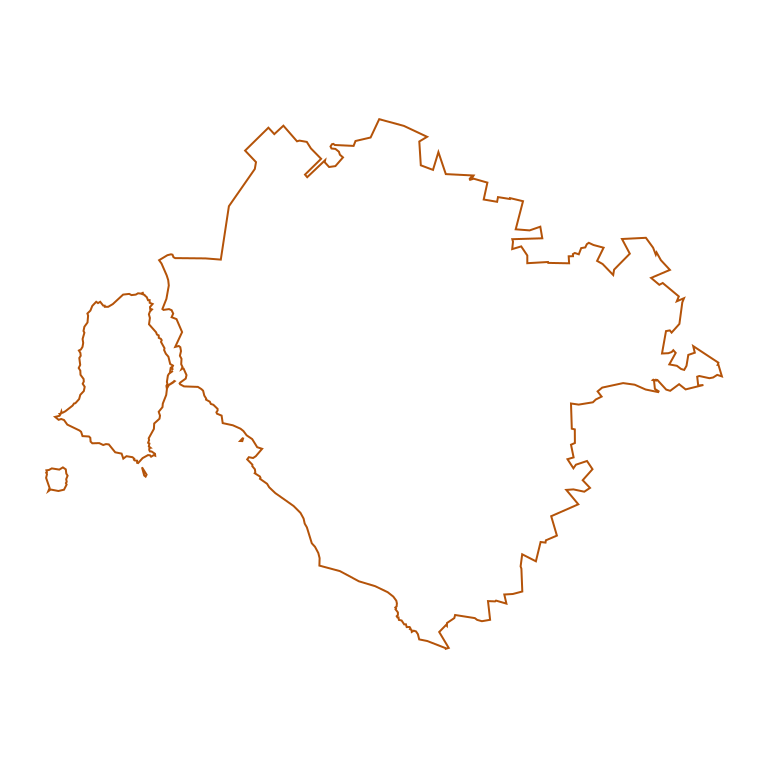 outline of Hermosillo, Sonora, Mexico
{"feature_id": "50627088B25746055261470", "entity_name": "Hermosillo", "entity_type": "district", "adm_level": 2, "iso_a3": "MEX", "parent_name": "Mexico", "parent_adm1": "Sonora", "projection": "robinson", "projection_center": [-112.148, 28.969], "detail": "fine", "context": "isolated", "style": "outline", "palette": "amber", "viewbox_px": 768, "rotation_deg": 0, "n_neighbors": 0, "source": "geoboundaries", "source_scale": "gbopen_adm2", "svg_char_len": 6044}
<svg xmlns="http://www.w3.org/2000/svg" viewBox="0 0 768 768"><path d="M159.1,260.2L161.5,263.5L166.7,275.4L168.2,280.1L168.8,285.5L166.4,298.9L162.4,309.0L163.5,309.9L169.0,309.1L171.6,310.2L173.2,313.6L171.6,317.2L176.5,319.1L182.1,332.1L175.2,346.9L178.8,346.0L180.3,347.2L181.0,351.1L179.9,355.8L181.5,358.8L181.2,364.2L182.5,367.0L181.5,369.2L182.8,368.4L181.9,368.8L182.3,368.0L183.6,368.6L186.5,375.1L185.7,378.6L180.2,382.6L179.6,383.4L180.1,384.3L184.0,386.4L197.9,386.9L201.4,389.1L203.1,390.7L204.3,395.6L206.2,398.6L206.0,399.6L209.8,401.7L210.8,403.9L213.4,404.8L217.6,408.9L217.6,410.5L216.4,412.3L217.0,413.7L221.6,415.6L222.7,423.1L232.9,425.3L240.5,428.7L243.4,431.0L246.6,435.3L252.2,439.1L257.2,447.2L262.1,448.8L255.8,456.2L253.1,458.0L248.8,457.2L247.2,459.4L252.4,464.7L252.3,466.2L254.9,469.3L255.3,472.3L254.7,473.2L259.9,476.5L260.5,477.9L260.0,478.8L267.1,483.8L269.2,487.3L275.3,493.1L293.6,506.0L300.5,512.9L303.6,518.6L304.7,523.6L306.9,527.4L311.8,543.3L315.0,546.8L318.3,553.0L319.6,558.1L319.4,565.6L339.9,571.1L358.9,581.3L375.2,586.2L387.7,592.2L393.3,596.6L396.3,600.7L396.9,603.4L396.6,606.5L395.3,607.5L396.0,608.5L395.5,609.3L397.9,612.4L397.9,615.0L396.7,616.2L397.5,617.5L398.5,617.4L398.9,619.9L401.6,620.5L404.2,624.4L405.9,624.3L406.7,627.1L409.6,627.0L410.5,628.4L410.0,629.1L411.6,630.1L411.8,631.9L413.8,630.7L416.0,631.4L417.9,634.2L419.2,639.4L427.2,641.0L445.5,648.1L445.7,648.8L448.7,647.9L439.2,632.0L446.0,625.0L446.9,625.9L447.0,623.0L454.3,618.1L455.1,615.0L474.8,618.1L477.2,619.9L481.9,621.2L490.1,619.8L488.0,601.1L495.1,601.4L496.0,600.6L506.4,603.6L504.3,594.5L512.8,594.0L522.3,591.5L521.4,568.7L520.6,566.4L522.2,554.3L535.9,561.3L540.6,542.0L545.5,542.6L545.9,540.3L556.9,535.6L551.2,516.2L578.3,504.3L566.3,489.9L573.4,489.4L584.3,491.7L590.0,487.9L582.7,480.2L592.5,469.2L587.0,461.0L575.9,464.7L573.4,468.3L567.5,459.2L573.6,457.4L571.0,444.7L574.9,443.0L574.8,429.4L571.8,428.7L571.0,403.5L578.7,404.6L592.9,402.3L595.8,399.5L601.6,396.6L597.6,391.4L602.2,387.6L623.1,383.1L634.7,384.7L645.6,389.5L658.2,392.1L658.6,391.3L654.9,388.9L654.0,380.5L652.8,380.1L653.3,379.7L655.9,380.5L656.0,379.8L657.4,380.0L666.2,389.6L670.2,390.8L679.1,384.2L685.6,389.4L703.4,385.0L698.2,385.5L697.2,376.7L699.3,376.0L709.4,378.2L713.1,377.5L717.2,374.9L721.9,376.4L718.4,364.7L717.7,364.8L718.4,362.7L693.2,346.1L694.8,352.7L688.3,354.9L686.5,365.8L684.2,369.9L681.1,369.0L676.9,365.8L669.3,364.4L675.7,352.9L673.3,350.2L671.7,352.0L668.4,353.2L662.0,353.5L666.0,331.1L669.8,330.4L671.6,332.6L679.4,323.9L682.3,302.4L684.0,298.2L676.8,301.3L678.8,296.4L662.7,283.0L659.3,284.8L651.1,277.9L669.9,269.9L660.9,260.2L656.6,252.5L655.8,254.7L653.1,247.7L645.9,237.8L622.0,239.0L629.8,253.7L614.1,269.6L613.2,275.0L602.6,264.0L597.1,260.9L603.6,247.7L593.5,245.0L588.8,242.8L586.8,244.2L585.3,247.4L581.2,248.1L578.8,254.3L574.8,253.0L572.9,254.1L573.0,256.2L568.7,256.3L569.1,263.3L548.2,262.9L548.0,262.0L527.3,263.2L527.3,255.5L521.2,246.4L512.2,249.1L513.0,241.7L512.3,239.2L542.3,238.3L540.3,226.7L529.6,230.4L515.7,229.3L523.0,201.2L510.0,198.1L509.9,199.0L498.0,197.1L497.1,201.8L483.7,199.5L487.4,182.6L473.7,178.7L470.1,179.8L469.7,178.9L470.9,177.4L472.6,177.0L473.6,175.5L445.8,174.1L438.4,152.1L433.0,169.9L420.8,165.3L419.3,141.5L427.1,136.8L403.9,125.9L379.2,119.2L370.6,137.5L355.5,141.0L353.6,145.9L334.8,145.0L333.4,143.9L332.0,144.2L330.5,146.5L331.5,148.5L335.4,148.9L338.9,151.7L339.9,154.7L343.0,157.4L335.4,166.1L329.1,167.0L324.7,162.2L325.1,160.2L307.2,177.2L305.0,174.6L321.1,158.8L310.9,148.4L306.8,141.9L299.5,140.6L297.0,141.3L283.4,125.7L274.3,134.1L268.4,127.7L245.1,150.6L256.0,162.1L254.8,169.0L228.9,206.2L220.8,259.6L205.4,258.4L175.1,258.1L173.5,257.2L172.5,254.7L171.0,254.3L167.4,255.2L159.1,260.2ZM143.7,292.4L141.1,293.6L138.0,293.3L135.8,294.6L131.5,295.1L129.2,293.9L123.1,294.6L112.8,304.1L108.2,306.8L104.8,306.8L104.7,305.7L103.2,305.6L100.2,301.8L98.0,303.1L96.2,301.8L92.3,305.9L90.4,310.6L87.4,313.5L88.1,315.6L87.5,322.5L84.4,326.7L83.5,331.0L84.4,332.7L82.6,339.0L83.2,342.9L82.5,346.9L80.9,349.5L78.9,350.5L80.4,353.0L80.7,355.8L79.3,358.0L80.2,364.9L78.7,368.0L80.3,370.6L80.5,374.8L83.6,379.0L83.8,381.5L82.7,383.8L84.7,386.8L83.8,391.1L80.3,394.8L79.1,399.1L75.4,403.2L74.0,403.5L72.6,405.6L65.3,411.3L62.5,412.8L61.7,412.7L61.4,411.6L60.8,413.6L59.6,413.9L60.2,414.7L59.5,415.8L55.1,416.9L58.6,419.8L61.2,419.0L64.0,420.0L67.3,424.6L79.5,430.5L81.1,431.8L82.5,436.1L89.0,436.5L90.3,437.8L90.6,441.6L92.3,443.3L99.2,443.1L103.2,445.0L106.0,444.1L108.8,444.4L115.2,452.3L121.6,453.6L123.3,458.6L126.5,456.2L132.5,457.2L134.3,458.8L133.9,459.7L134.6,460.4L137.1,460.7L137.1,462.8L138.1,463.1L142.6,458.1L148.0,455.1L150.0,455.3L151.1,456.7L153.8,455.1L155.2,455.7L155.0,453.8L151.6,451.5L149.9,451.4L149.2,449.9L149.4,448.0L150.5,447.8L148.8,446.4L149.4,443.5L148.1,442.8L149.1,440.1L148.7,438.3L153.9,428.9L154.2,423.5L159.5,418.7L160.0,415.6L158.7,411.8L162.5,407.1L162.8,403.6L166.2,395.0L167.0,388.4L168.8,385.1L172.7,382.8L174.7,381.2L173.5,380.6L174.2,381.3L168.8,385.0L166.8,388.3L166.4,385.9L167.4,383.8L166.9,381.9L167.9,375.5L169.0,373.7L172.9,370.9L169.9,372.8L170.7,367.8L172.3,366.6L171.5,368.1L172.9,369.8L172.0,367.9L173.0,365.6L170.2,364.0L168.4,356.7L165.8,353.7L164.1,350.0L164.5,348.2L161.0,341.9L161.7,340.2L160.8,338.8L158.8,337.9L158.7,335.4L156.9,334.5L156.1,332.3L149.0,324.3L149.9,318.0L148.9,314.3L149.9,311.6L152.0,309.4L151.6,309.2L151.3,309.3L150.4,309.1L151.7,309.5L150.4,310.7L150.0,307.0L152.6,304.0L149.7,302.8L149.6,300.1L148.0,300.2L146.8,297.2L144.5,295.2L145.1,295.1L141.1,293.7L143.7,292.4ZM65.8,469.4L62.9,467.4L59.3,469.6L51.8,468.4L48.9,470.0L46.4,470.3L46.9,472.2L46.2,472.8L47.0,474.1L46.1,477.9L49.6,488.0L48.3,491.2L50.6,489.5L58.4,491.0L64.0,489.7L66.6,484.6L65.9,483.1L66.7,481.8L66.2,479.2L67.6,475.7L66.3,473.6L65.8,469.4ZM146.6,474.7L142.0,467.3L144.2,475.5L145.6,476.6L146.6,474.7ZM242.3,441.1L243.1,438.5L242.6,438.3L240.1,441.0L242.3,441.1Z" fill="none" stroke="#b45309" stroke-width="2"/></svg>